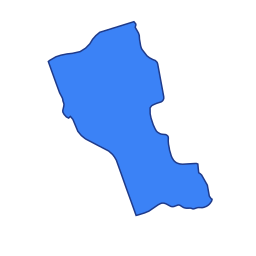 an SVG outline of Donga, rotated 341°
{"feature_id": "BEN-2182", "entity_name": "Donga", "entity_type": "Department", "adm_level": 1, "iso_a3": "BEN", "parent_name": "Benin", "parent_adm1": "", "projection": "orthographic", "projection_center": [1.891, 9.258], "detail": "fine", "context": "isolated", "style": "filled", "palette": "blue", "viewbox_px": 256, "rotation_deg": 341, "n_neighbors": 0, "source": "natural_earth", "source_scale": "10m", "svg_char_len": 2039}
<svg xmlns="http://www.w3.org/2000/svg" viewBox="0 0 256 256"><g transform="rotate(341 128 128)"><path d="M75.1,99.3L73.3,97.4L72.0,94.3L71.6,91.7L72.1,90.1L74.3,86.6L75.1,85.0L75.3,83.7L75.3,81.1L75.6,79.9L75.7,78.3L74.8,72.4L74.6,62.5L74.4,48.5L74.3,39.2L75.9,38.6L83.0,37.2L88.3,37.3L94.4,38.1L99.7,39.3L107.6,40.2L113.9,38.7L119.3,36.0L123.4,32.6L127.8,30.1L132.5,28.3L168.2,29.4L169.2,32.0L169.1,32.6L169.0,33.2L168.8,33.3L168.7,33.4L167.6,35.3L168.8,41.6L168.8,44.1L167.8,47.7L166.7,54.4L166.6,56.6L166.8,58.2L169.2,65.3L169.4,65.9L171.1,68.5L173.7,71.3L175.8,73.1L176.9,75.4L176.9,77.2L172.0,109.9L171.5,111.6L171.0,112.3L170.2,113.1L169.8,113.4L169.2,113.7L168.6,113.9L167.9,114.1L163.1,114.0L160.2,114.2L158.1,114.5L157.5,114.7L156.6,115.3L155.4,116.2L153.6,121.7L153.0,126.0L152.9,133.2L153.3,137.3L153.8,140.0L154.1,140.7L154.7,141.8L155.5,142.7L156.2,143.6L156.8,144.1L157.8,144.8L161.5,146.5L161.9,146.9L162.3,147.4L162.9,148.3L163.1,149.2L163.0,150.1L162.8,150.8L161.8,153.4L161.0,156.5L160.4,160.8L160.1,162.3L159.8,168.6L160.0,170.7L160.6,173.3L161.0,174.3L161.5,175.2L162.2,176.3L163.1,177.2L164.1,178.0L165.2,178.8L167.8,180.0L180.3,183.5L181.1,183.8L181.5,184.1L182.3,184.8L181.2,189.3L180.3,193.3L181.4,194.8L182.3,196.5L184.4,207.9L182.7,218.9L183.6,221.9L184.3,222.7L183.4,224.2L181.6,225.6L180.5,226.3L179.0,227.0L176.8,227.6L173.9,227.7L173.1,227.6L172.3,227.5L168.9,226.2L167.4,225.9L164.3,225.9L163.6,225.8L163.0,225.6L161.5,224.4L161.0,224.1L157.3,222.9L156.1,222.3L155.0,221.6L154.1,220.7L152.2,218.3L151.8,217.8L151.2,217.5L150.6,217.2L149.9,217.1L146.0,217.2L145.3,217.1L144.5,216.9L143.9,216.6L143.3,216.3L142.8,215.9L139.4,212.2L138.4,211.4L137.4,210.7L136.0,210.2L135.2,210.0L133.7,210.1L131.6,210.4L120.7,213.4L119.3,213.5L118.6,213.5L116.2,213.7L109.5,213.5L107.2,213.3L107.0,196.2L106.8,184.4L106.7,170.5L106.5,154.6L105.8,151.1L104.8,148.0L102.2,143.4L94.4,135.2L84.4,124.6L83.7,123.6L81.4,119.9L79.5,114.8L78.7,101.9L77.3,98.3L75.1,99.3Z" fill="#3b82f6" stroke="#1e3a8a" stroke-width="1.5"/></g></svg>